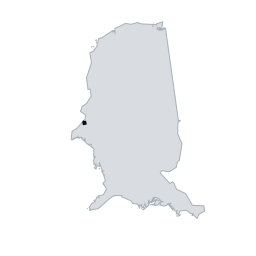 location of Kinney, Texas, United States of America, rotated 78°
{"feature_id": "52423323B1423896904617", "entity_name": "Kinney", "entity_type": "district", "adm_level": 2, "iso_a3": "USA", "parent_name": "United States of America", "parent_adm1": "Texas", "projection": "albers", "projection_center": [-100.689, 29.354], "detail": "fine", "context": "in_parent", "style": "filled", "palette": "ink", "viewbox_px": 256, "rotation_deg": 78, "n_neighbors": 0, "source": "geoboundaries", "source_scale": "gbopen_adm2", "svg_char_len": 3907}
<svg xmlns="http://www.w3.org/2000/svg" viewBox="0 0 256 256"><g transform="rotate(78 128 128)"><path d="M204.1,85.4L217.0,81.0L219.9,70.0L225.2,70.3L226.9,76.2L230.8,79.3L226.2,82.2L226.3,83.3L225.1,82.2L224.4,84.9L221.0,87.6L219.8,94.3L222.7,96.3L224.1,95.6L223.4,94.6L224.0,95.0L224.5,96.2L220.4,98.2L219.2,97.1L219.2,99.1L214.3,100.7L211.1,104.1L211.2,102.6L210.6,101.8L210.3,105.3L211.5,105.7L211.8,108.6L210.0,112.8L206.8,111.1L207.9,108.5L206.4,110.5L207.7,112.8L209.1,114.0L209.6,115.6L207.6,122.2L207.8,118.3L204.5,115.4L205.5,111.3L203.1,113.0L205.1,118.2L202.3,117.1L201.5,117.4L201.9,115.6L201.8,115.1L201.2,116.6L201.4,117.7L205.6,119.1L205.0,120.2L202.9,118.7L202.2,118.5L204.8,120.3L205.8,120.6L205.5,122.1L204.1,121.3L206.4,123.0L206.0,123.4L204.9,122.5L202.4,122.5L205.7,123.9L207.6,123.4L210.4,128.1L208.0,124.5L209.1,127.0L205.5,127.2L208.5,129.2L209.6,128.2L208.5,130.8L205.0,130.7L207.2,131.5L205.7,133.0L207.9,133.4L204.3,134.7L203.0,138.8L199.6,140.5L194.0,148.5L192.9,147.9L191.4,154.6L191.4,156.2L193.3,160.8L200.7,174.0L200.2,181.7L197.6,182.6L194.3,179.1L193.3,175.8L188.9,172.6L190.0,170.7L188.1,171.0L188.2,166.0L183.1,161.7L176.6,163.8L175.1,161.1L168.5,161.6L169.2,160.4L168.1,161.7L165.2,162.5L165.0,160.3L164.6,161.9L155.6,163.2L159.6,164.0L158.4,166.2L161.5,167.9L160.1,169.1L156.6,166.7L156.6,168.8L152.0,168.3L149.3,165.9L147.9,167.3L141.2,165.7L137.5,168.8L138.5,168.0L136.4,167.3L135.5,170.9L131.6,173.4L132.5,172.6L129.8,172.4L130.8,173.5L127.7,175.1L126.6,179.1L125.2,178.5L126.5,179.5L126.8,183.1L128.1,185.3L127.2,186.0L119.6,183.4L117.8,178.2L109.9,167.7L105.9,167.1L102.0,171.1L97.3,168.3L95.4,163.4L89.3,157.4L82.2,157.0L82.0,159.1L70.5,158.2L56.3,150.1L46.5,149.7L45.7,145.9L42.1,141.8L34.1,137.8L34.5,135.3L29.5,122.7L29.9,121.5L31.1,123.3L30.6,120.6L33.6,121.0L28.0,120.2L25.2,108.8L27.2,103.4L26.8,96.9L29.0,93.2L31.9,82.0L34.5,82.8L31.6,81.7L33.0,78.8L32.0,78.6L31.4,71.9L37.7,74.3L35.8,77.4L38.3,75.4L37.6,78.2L36.0,78.6L37.0,78.9L38.4,78.0L39.4,75.2L38.3,70.6L131.5,77.2L131.5,75.5L133.4,78.2L144.2,80.6L154.8,78.5L170.2,84.5L171.1,86.5L176.6,89.1L179.3,96.9L176.7,104.0L178.7,105.9L191.0,98.5L189.9,95.6L191.0,94.8L198.1,93.2L204.1,85.4ZM216.1,101.7L218.2,100.8L211.0,104.6L216.8,100.8L216.1,101.7ZM38.4,73.3L38.9,75.2L38.8,75.5L37.8,73.9L38.4,73.3ZM128.0,184.6L126.9,181.5L126.9,179.7L127.1,181.6L128.0,184.6ZM226.8,82.2L227.0,83.2L226.6,83.1L226.8,82.2ZM149.5,166.8L149.7,167.5L148.9,167.0L149.5,166.8ZM36.9,141.3L37.9,141.0L38.0,141.1L36.9,141.3ZM35.9,140.8L35.5,141.3L35.2,140.8L35.9,140.8ZM222.4,97.9L221.9,98.6L221.7,98.5L222.4,97.9ZM127.4,178.0L126.9,179.5L128.2,176.7L127.4,178.0ZM198.4,169.6L199.9,172.2L198.2,169.4L198.4,169.6ZM41.5,144.4L41.8,145.2L41.4,144.4L41.5,144.4ZM200.7,182.1L200.0,183.1L201.0,181.0L200.7,182.1ZM211.1,129.8L210.5,131.0L210.6,128.3L211.1,129.8ZM37.7,71.7L37.7,72.2L37.3,71.9L37.7,71.7ZM130.8,174.1L129.4,174.8L130.9,173.9L130.8,174.1ZM224.5,97.6L224.6,98.3L224.0,98.3L224.5,97.6ZM41.1,146.5L41.3,147.4L41.0,146.5L41.1,146.5ZM129.1,175.4L128.5,175.7L129.0,175.1L129.1,175.4ZM209.5,116.8L209.0,118.5L209.6,116.3L209.5,116.8ZM137.1,169.4L136.2,170.0L137.5,169.0L137.1,169.4ZM191.6,155.3L191.7,156.5L191.4,155.7L191.6,155.3ZM208.3,133.5L208.0,133.8L208.7,132.8L208.3,133.5ZM179.0,163.2L177.9,164.0L177.5,163.9L179.0,163.2ZM164.8,162.4L164.6,162.6L163.9,162.6L164.8,162.4ZM192.1,176.1L192.3,176.9L191.8,176.0L192.1,176.1ZM162.0,164.3L161.9,165.1L161.8,163.7L162.0,164.3ZM198.4,184.5L197.8,184.7L198.6,184.3L198.4,184.5ZM211.7,109.1L211.4,109.9L211.7,108.8L211.7,109.1ZM209.8,131.4L209.5,131.7L209.4,131.7L209.8,131.4Z" fill="#d9dde1" stroke="#a8b0b8" stroke-width="1"/><path d="M115.2,168.3L112.8,168.3L112.8,169.2L112.7,169.3L112.7,169.5L112.6,169.8L112.6,170.0L112.4,170.1L112.5,170.3L112.4,170.4L112.5,170.5L112.8,170.7L112.9,170.8L115.2,170.8L115.2,168.3Z" fill="#0f172a" stroke="#020617" stroke-width="1.5"/></g></svg>